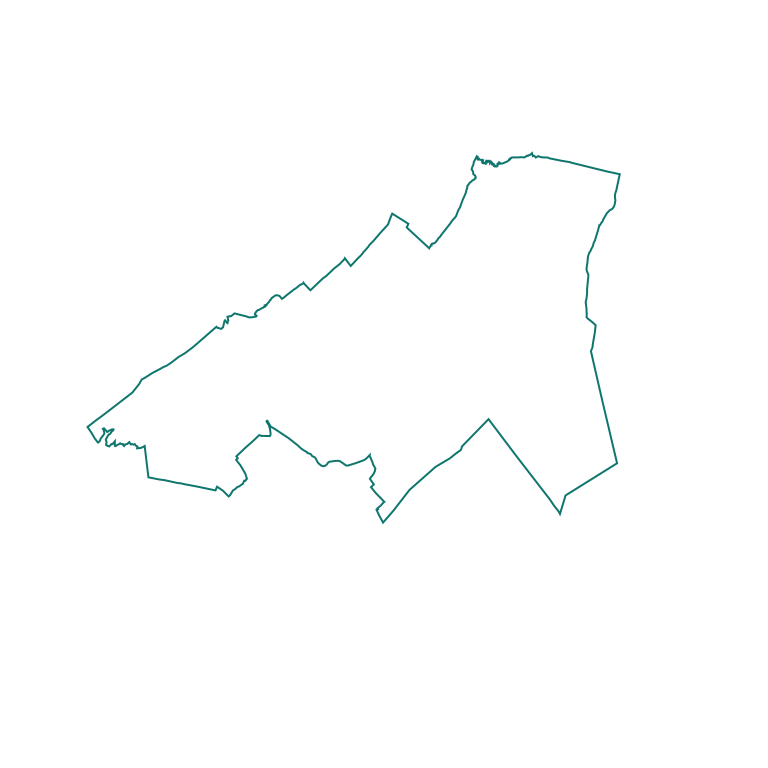 outline of Bargauani, Neamt, Romania, rotated 250°
{"feature_id": "2599482B339560246118", "entity_name": "Bargauani", "entity_type": "district", "adm_level": 2, "iso_a3": "ROU", "parent_name": "Romania", "parent_adm1": "Neamt", "projection": "natural_earth1", "projection_center": [26.654, 46.99], "detail": "fine", "context": "isolated", "style": "outline", "palette": "teal", "viewbox_px": 768, "rotation_deg": 250, "n_neighbors": 0, "source": "geoboundaries", "source_scale": "gbopen_adm2", "svg_char_len": 6122}
<svg xmlns="http://www.w3.org/2000/svg" viewBox="0 0 768 768"><g transform="rotate(250 384 384)"><path d="M344.1,589.7L347.2,592.5L349.9,593.8L360.4,599.8L366.9,603.0L370.4,601.2L375.9,597.8L377.6,597.2L381.1,598.8L382.2,598.9L385.4,600.0L391.9,601.5L396.1,604.1L401.5,606.6L402.6,606.8L406.3,608.5L415.0,612.7L416.8,613.4L421.5,613.3L423.6,614.0L428.6,616.7L433.3,618.9L434.2,619.4L437.2,621.9L438.4,623.6L439.6,624.6L442.2,627.5L444.5,629.0L446.9,631.4L454.7,637.3L459.1,640.4L459.5,640.5L459.4,641.0L459.5,641.5L461.1,643.3L462.0,644.9L463.7,646.4L468.4,652.0L470.2,656.0L470.3,657.9L471.6,660.2L472.6,661.2L474.3,662.5L477.4,664.2L480.6,664.9L482.7,665.7L484.9,667.2L486.2,668.3L500.5,677.3L507.4,666.3L528.3,635.1L528.8,634.8L532.9,627.4L539.5,616.6L540.7,615.5L543.1,609.7L544.6,607.6L545.4,606.9L544.9,604.1L546.1,603.7L547.1,603.1L547.2,601.8L550.3,602.0L549.6,600.5L549.4,598.9L549.5,598.2L549.1,597.1L549.7,596.1L549.3,595.6L548.9,593.4L550.6,589.5L550.8,588.3L553.1,582.0L553.1,581.3L552.8,580.7L553.0,580.2L552.9,579.8L552.7,579.5L552.1,579.5L552.0,579.4L552.3,578.3L552.1,578.1L551.6,578.1L550.9,575.8L550.7,570.4L551.1,569.7L551.2,568.5L551.9,568.2L552.6,568.4L552.9,568.0L551.6,567.5L551.5,567.0L551.9,567.0L552.3,566.6L552.1,566.0L551.9,565.7L550.1,565.3L549.8,564.3L550.4,563.1L550.7,563.3L551.0,563.2L551.0,562.5L550.5,562.8L550.5,562.4L551.5,561.7L551.9,561.7L552.3,562.2L552.6,562.4L553.3,562.3L554.0,561.3L553.5,560.9L553.4,560.5L553.6,560.3L554.1,560.3L555.2,561.2L556.7,560.5L556.8,560.2L556.2,559.5L556.8,559.7L557.3,559.4L557.4,558.9L557.8,559.1L558.0,558.5L557.2,558.4L557.1,557.8L558.3,557.7L558.6,556.9L557.8,557.1L557.1,556.9L556.9,556.6L557.0,556.2L557.9,556.3L558.0,555.7L557.9,555.5L557.1,555.6L556.2,554.9L557.3,554.2L557.1,553.5L557.3,553.3L558.3,553.1L557.8,552.6L557.8,552.3L558.5,552.0L558.8,552.1L559.1,552.6L559.8,552.4L559.9,552.7L559.6,553.0L560.4,553.7L561.1,553.1L561.0,552.6L562.1,550.6L562.7,550.1L563.0,550.4L563.4,550.3L563.5,550.1L562.8,549.0L563.0,548.9L564.0,548.7L564.8,549.0L565.3,549.7L566.3,549.1L561.8,544.3L559.5,543.0L558.1,541.5L555.9,539.8L553.1,540.3L550.6,539.7L548.9,540.8L547.7,541.0L546.2,540.6L546.1,539.7L545.3,539.1L545.2,538.5L545.2,537.4L545.0,536.5L544.4,535.6L543.8,533.3L542.4,531.6L541.7,530.1L539.6,529.2L538.1,527.8L537.0,527.2L534.8,525.5L530.2,521.0L524.1,515.9L521.8,513.2L517.2,509.2L516.1,507.6L515.3,505.9L513.3,502.5L512.7,502.0L504.5,488.8L502.7,486.2L502.6,485.3L500.8,483.0L499.2,480.2L499.1,477.9L499.5,477.4L499.4,477.0L499.0,476.4L497.9,476.0L498.1,475.6L497.9,475.5L497.7,474.8L496.7,473.6L496.7,473.0L496.3,472.8L523.3,458.9L526.2,461.7L541.3,450.0L538.3,447.2L532.5,442.3L527.5,432.7L522.0,422.9L519.9,418.3L518.4,416.2L515.6,411.2L515.1,409.9L514.4,409.1L512.6,406.1L511.3,403.0L506.3,393.1L515.6,390.2L514.8,389.4L512.3,384.2L512.0,383.8L509.5,376.3L505.2,366.6L504.3,363.0L497.4,347.3L497.3,347.0L497.9,346.6L506.0,343.1L506.7,343.0L506.3,342.4L505.9,341.2L505.9,339.8L505.8,338.8L504.3,334.7L503.5,331.4L500.4,321.8L499.7,320.2L498.9,317.2L502.1,316.1L503.0,315.4L504.0,313.7L504.4,312.4L503.3,308.2L501.6,305.7L501.6,305.2L500.6,304.3L499.2,301.5L498.3,300.6L498.7,300.1L498.7,298.8L498.2,298.6L497.5,299.0L497.4,298.9L497.3,297.7L497.5,297.3L497.0,296.2L497.0,294.8L496.3,291.3L496.6,290.7L496.1,289.3L495.6,288.9L495.2,287.9L493.8,286.5L493.6,286.5L492.6,287.1L491.9,286.9L491.5,287.5L491.3,287.3L491.1,286.6L491.4,286.0L491.4,285.2L491.6,284.9L491.6,284.0L491.9,282.4L492.9,279.7L494.6,277.8L501.5,267.6L500.7,265.7L500.1,263.2L500.7,261.2L500.7,259.9L496.8,259.4L496.2,258.6L494.7,257.7L494.9,257.5L495.6,257.6L496.2,257.3L496.7,257.2L497.0,256.6L498.2,256.4L497.8,255.7L492.3,252.1L491.5,249.7L493.5,247.3L493.6,246.8L495.1,246.1L484.1,217.5L481.1,207.8L479.7,200.3L476.6,190.6L475.6,186.2L475.4,185.1L475.5,183.2L474.6,178.0L473.6,170.2L471.4,160.3L471.2,158.2L470.8,157.5L467.7,153.9L462.0,144.6L451.2,110.6L448.0,99.8L445.0,90.7L438.4,92.4L431.6,93.6L426.8,95.2L426.9,96.0L427.7,97.5L429.5,99.0L432.7,103.9L433.8,104.5L435.5,104.6L436.5,104.9L438.0,104.5L438.1,105.7L434.6,107.1L433.6,107.5L433.5,107.8L434.1,109.4L434.4,112.9L433.9,114.3L433.5,114.2L432.9,113.4L432.7,112.3L430.9,109.7L430.4,107.6L427.0,103.6L424.1,103.4L422.3,102.2L421.4,102.1L419.3,104.5L420.8,107.5L420.5,108.0L420.5,108.6L422.2,111.5L418.7,110.1L417.8,110.0L417.5,110.2L417.4,110.5L417.9,112.5L418.1,114.4L418.5,115.8L417.3,116.7L416.8,118.2L416.4,118.3L415.2,118.1L414.6,118.5L415.7,120.3L415.5,122.4L416.5,124.8L413.8,125.4L413.7,125.6L413.7,126.8L412.7,127.9L412.7,129.3L411.1,129.6L409.7,130.9L409.1,130.7L408.8,130.4L408.0,130.0L407.1,133.3L407.2,135.8L407.6,137.9L376.9,130.7L371.3,139.9L368.5,145.2L361.1,156.9L360.9,157.6L359.9,159.5L358.4,161.7L351.8,172.9L341.8,189.0L341.7,189.3L344.6,192.0L338.9,196.1L331.4,199.6L332.4,201.6L335.6,205.6L336.3,208.6L337.4,211.0L337.3,212.9L337.9,214.7L338.4,217.1L340.9,219.6L340.4,220.3L340.5,220.7L341.1,221.6L342.3,222.6L342.2,222.8L347.0,223.0L349.0,222.7L356.9,221.2L363.3,219.1L364.3,221.2L366.5,220.5L371.7,232.4L375.4,241.9L378.6,249.1L377.9,250.4L377.3,250.7L374.1,259.0L375.0,259.9L375.9,260.4L381.3,261.6L384.9,261.7L388.9,260.8L389.4,261.1L389.5,261.6L389.3,261.8L383.1,262.9L382.2,263.3L380.2,265.2L365.8,275.8L355.0,282.5L354.3,282.7L351.2,284.4L348.5,286.4L346.6,288.1L345.9,288.2L344.9,288.8L344.7,289.5L343.1,291.2L341.0,291.8L339.8,292.8L339.0,293.7L338.2,294.2L333.4,294.8L331.7,295.4L328.7,297.2L327.6,298.5L327.3,301.0L328.0,302.8L329.1,304.4L329.6,305.6L329.6,306.2L328.5,311.3L327.6,314.5L326.3,316.4L320.6,320.4L320.2,320.8L319.7,322.3L319.3,330.2L319.3,339.2L320.1,342.2L322.1,346.3L321.4,346.0L314.6,346.4L312.1,346.2L307.6,347.0L305.2,345.6L303.1,343.4L299.8,338.3L293.1,340.1L291.5,336.5L284.6,338.9L273.1,344.0L272.9,343.1L270.8,339.2L269.4,335.3L268.4,335.5L268.4,334.0L262.8,334.4L254.1,335.7L261.8,349.6L275.8,371.8L288.5,404.1L291.6,420.4L294.2,428.2L295.6,433.3L296.3,434.2L298.7,436.0L315.2,470.2L270.5,483.9L218.7,500.4L211.5,502.2L204.5,504.5L201.7,504.9L217.2,516.5L229.8,575.9L298.5,584.0L344.1,589.7Z" fill="none" stroke="#0f766e" stroke-width="2"/></g></svg>